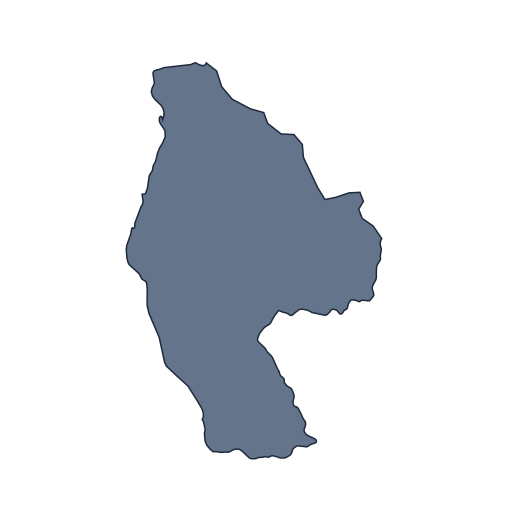 SVG path tracing the border of Melaky, rotated 348°
{"feature_id": "MDG-5876", "entity_name": "Melaky", "entity_type": "Autonomous Province", "adm_level": 1, "iso_a3": "MDG", "parent_name": "Madagascar", "parent_adm1": "", "projection": "orthographic", "projection_center": [44.925, -17.742], "detail": "fine", "context": "isolated", "style": "filled", "palette": "slate", "viewbox_px": 512, "rotation_deg": 348, "n_neighbors": 0, "source": "natural_earth", "source_scale": "10m", "svg_char_len": 4053}
<svg xmlns="http://www.w3.org/2000/svg" viewBox="0 0 512 512"><g transform="rotate(348 256 256)"><path d="M173.2,438.4L170.8,435.2L168.6,431.0L167.7,426.6L168.6,419.0L170.2,415.0L170.2,407.0L170.1,406.7L169.5,405.7L169.4,405.2L169.6,404.3L170.6,403.3L171.0,402.6L171.7,399.3L171.8,398.1L171.3,394.0L168.3,385.0L162.4,369.0L153.5,356.7L145.5,345.1L144.5,341.2L144.4,315.4L139.4,290.2L139.2,281.6L142.8,265.5L143.4,259.7L142.7,257.8L139.7,255.0L138.0,249.1L130.1,238.0L129.4,234.9L129.4,230.8L130.4,222.8L131.7,219.0L138.0,208.6L140.2,203.2L140.9,202.8L142.4,203.6L143.2,202.6L144.3,198.8L153.7,184.0L155.7,181.9L156.6,180.0L157.0,178.1L157.4,172.0L160.8,172.1L163.9,167.1L168.0,155.9L168.9,154.5L172.3,151.0L172.9,149.9L173.9,147.0L174.8,145.6L176.8,143.3L178.3,140.9L180.7,135.5L183.9,130.6L188.3,125.8L191.9,120.7L193.0,114.8L192.3,112.3L190.0,106.8L189.5,104.1L190.1,101.0L191.5,99.5L192.8,100.2L193.0,103.3L194.9,100.0L195.9,96.4L195.8,92.7L194.6,89.1L189.9,82.1L188.0,78.1L187.7,73.9L188.3,72.3L189.2,70.4L190.4,68.7L191.6,67.3L192.4,65.9L192.7,64.2L193.1,56.9L193.5,55.1L194.5,53.9L196.5,53.4L200.7,53.3L205.0,52.6L232.2,55.2L235.6,54.4L237.1,54.5L240.1,57.0L242.3,58.3L244.6,58.9L246.3,58.3L247.5,56.8L256.0,66.9L257.6,83.2L265.4,97.8L281.0,110.8L293.4,117.4L295.0,128.8L305.9,141.8L318.3,145.1L324.5,156.5L322.9,169.5L330.6,202.1L335.2,215.1L346.1,215.2L360.0,213.6L370.9,215.3L372.4,225.0L366.2,231.5L367.7,241.3L376.9,251.1L382.6,265.2L381.6,266.4L380.8,267.6L380.3,269.1L379.9,270.4L379.8,271.6L380.0,274.0L380.0,275.2L379.7,276.4L377.8,281.1L377.5,282.3L377.2,284.8L376.6,285.9L373.1,289.5L372.3,290.5L371.4,292.7L369.8,299.1L369.4,301.7L368.9,302.9L368.3,304.1L367.4,305.3L364.2,308.9L363.5,310.2L363.0,311.8L362.9,313.2L363.3,317.4L363.1,318.7L362.4,319.8L357.7,323.4L356.5,323.2L351.7,321.6L350.1,321.3L349.0,321.7L348.0,322.1L347.1,322.1L346.3,321.5L345.4,320.6L344.1,320.0L342.7,319.4L340.9,318.9L339.6,319.1L338.6,319.8L336.8,321.6L336.1,322.6L335.5,323.8L335.1,324.8L334.7,325.6L333.5,326.9L331.1,327.4L330.4,328.1L329.7,328.8L328.6,329.9L327.4,330.4L326.3,330.3L325.5,329.4L324.9,328.3L324.5,327.1L323.8,326.1L322.8,325.2L320.4,324.1L319.1,324.1L318.2,324.3L317.5,325.2L316.7,326.0L314.2,327.6L312.4,328.4L310.8,328.2L299.8,323.3L298.6,322.6L296.7,320.9L295.3,319.9L293.6,319.0L290.6,317.8L288.8,317.4L287.1,317.4L282.4,319.6L280.0,321.0L278.4,321.5L277.2,321.2L276.3,320.3L275.3,319.2L274.0,318.2L270.2,316.3L267.2,314.2L266.2,314.4L265.3,315.2L264.4,316.1L262.8,317.3L262.2,317.8L260.7,319.6L258.9,321.4L258.1,322.4L257.4,323.5L256.2,324.6L254.7,325.7L251.6,326.6L248.4,328.3L243.5,332.4L242.7,333.5L240.6,336.8L240.1,337.9L240.0,339.1L240.5,340.3L241.1,341.4L245.5,347.7L246.0,348.9L246.7,351.2L247.2,352.3L250.0,356.6L250.6,357.8L251.1,359.1L253.7,371.4L254.6,373.8L254.7,376.4L255.0,377.7L255.6,378.8L257.2,380.8L257.8,381.9L257.9,383.2L257.5,384.8L257.6,386.1L259.3,389.5L261.9,391.9L262.5,392.6L263.0,393.3L263.4,394.4L264.2,398.7L264.2,400.5L263.7,402.5L262.3,405.3L261.7,407.2L261.6,408.8L261.9,410.0L262.4,411.0L262.9,411.4L263.7,411.8L264.7,412.2L265.3,413.2L265.8,414.4L266.1,415.9L266.9,418.3L268.2,424.4L268.7,425.7L269.2,426.9L269.7,428.3L269.8,429.9L269.3,431.8L268.4,433.5L267.1,435.5L266.7,437.1L266.9,438.4L267.3,439.5L268.1,441.1L268.9,441.9L269.8,442.8L275.0,446.6L275.9,447.5L276.6,448.6L276.6,450.0L275.8,450.9L274.5,451.3L272.0,451.5L269.2,452.0L267.3,453.0L265.9,453.2L264.8,452.9L263.7,452.4L260.5,451.5L258.1,450.5L256.8,450.4L255.4,450.7L253.9,451.3L252.2,452.3L251.1,453.8L250.1,455.9L248.7,457.4L247.2,458.2L243.1,459.4L241.7,459.4L240.2,459.2L237.4,458.4L236.2,457.7L234.0,456.3L230.3,454.7L229.1,454.8L226.7,455.4L225.7,455.3L223.5,454.1L221.4,454.3L219.9,454.2L217.2,453.6L213.8,454.1L212.2,454.0L209.3,453.3L208.1,452.6L207.2,451.7L202.1,444.4L200.5,442.5L199.7,441.8L198.9,441.4L198.0,441.1L196.9,440.8L195.7,440.7L194.3,440.7L192.9,440.9L190.3,441.8L189.1,442.1L187.9,442.1L185.3,441.4L181.1,440.9L176.0,439.0L173.3,438.5L173.2,438.4Z" fill="#64748b" stroke="#1e293b" stroke-width="1.5"/></g></svg>